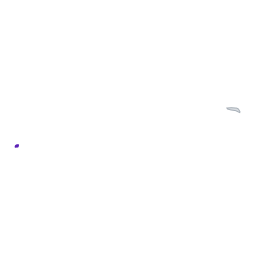 Matagi, Tuvalu shown in context, rotated 284°
{"feature_id": "33948139B17363749661168", "entity_name": "Matagi", "entity_type": "district", "adm_level": 2, "iso_a3": "TUV", "parent_name": "Tuvalu", "parent_adm1": "", "projection": "natural_earth1", "projection_center": [178.689, -7.484], "detail": "fine", "context": "in_parent", "style": "filled", "palette": "violet", "viewbox_px": 256, "rotation_deg": 284, "n_neighbors": 0, "source": "geoboundaries", "source_scale": "gbopen_adm2", "svg_char_len": 793}
<svg xmlns="http://www.w3.org/2000/svg" viewBox="0 0 256 256"><g transform="rotate(284 128 128)"><path d="M173.1,230.6L170.9,232.7L170.0,232.7L170.9,228.2L170.4,223.5L170.5,219.9L171.3,219.1L172.7,223.4L173.6,228.7L173.1,230.6Z" fill="#d9dde1" stroke="#a8b0b8" stroke-width="1"/><path d="M84.2,25.7L84.3,25.4L84.4,25.5L84.5,25.5L84.8,25.6L85.0,25.5L85.0,25.4L84.9,25.3L84.8,25.2L84.8,24.9L84.7,24.7L84.6,24.4L84.5,24.2L84.4,24.2L84.2,24.0L84.2,23.9L83.9,23.7L83.7,23.5L83.7,23.4L83.4,23.3L83.2,23.4L83.2,23.5L82.9,23.5L82.9,23.4L82.7,23.3L82.5,23.5L82.4,23.5L82.4,23.8L82.5,23.8L82.6,24.0L82.8,24.1L83.0,24.1L83.0,24.3L83.1,24.5L83.3,24.7L83.3,24.8L83.4,25.0L83.2,25.3L83.1,25.5L83.3,25.6L83.5,25.6L83.8,25.7L84.0,25.7L84.2,25.7Z" fill="#8b5cf6" stroke="#5b21b6" stroke-width="1.5"/></g></svg>